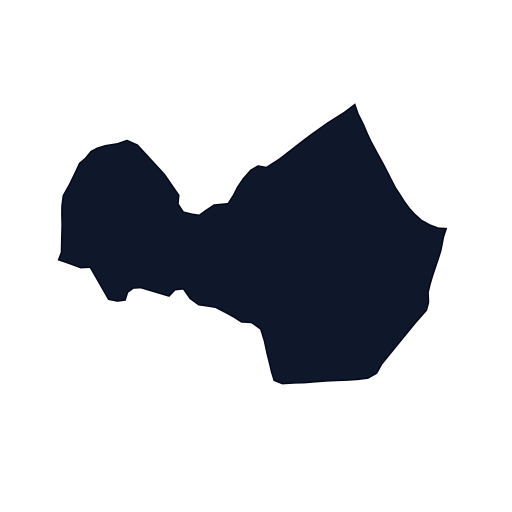 Balneário Piçarras, Santa Catarina, Brazil, rotated 343°
{"feature_id": "56859067B52127181831063", "entity_name": "Balneário Piçarras", "entity_type": "district", "adm_level": 2, "iso_a3": "BRA", "parent_name": "Brazil", "parent_adm1": "Santa Catarina", "projection": "orthographic", "projection_center": [-48.738, -26.761], "detail": "fine", "context": "isolated", "style": "filled", "palette": "ink", "viewbox_px": 512, "rotation_deg": 343, "n_neighbors": 0, "source": "geoboundaries", "source_scale": "gbopen_adm2", "svg_char_len": 1408}
<svg xmlns="http://www.w3.org/2000/svg" viewBox="0 0 512 512"><g transform="rotate(343 256 256)"><path d="M107.7,123.3L98.5,133.2L89.3,142.0L85.1,151.3L82.7,158.8L79.5,170.1L75.2,182.9L71.0,195.7L66.1,201.9L75.9,209.0L84.9,215.9L94.2,218.3L102.4,254.3L110.3,258.6L117.9,259.9L122.6,253.1L129.3,250.8L136.6,252.6L161.1,268.9L168.7,264.6L177.0,266.2L180.6,277.4L187.0,285.9L193.5,288.9L202.3,293.2L211.3,302.0L217.1,308.0L222.8,314.8L232.3,318.3L239.2,327.3L239.2,339.8L238.1,352.6L237.6,362.4L237.0,371.4L237.0,380.2L243.9,385.8L256.3,388.8L265.2,391.3L273.1,393.0L286.5,396.0L298.2,399.0L306.4,401.2L316.9,403.7L327.3,405.5L337.1,403.3L344.7,396.0L388.6,366.6L403.2,357.6L407.4,350.8L410.0,341.0L414.2,333.8L419.4,326.0L424.9,318.3L429.5,311.9L434.4,304.7L440.8,292.7L445.9,285.4L438.3,282.6L431.0,276.9L424.5,270.1L419.9,262.4L416.5,255.3L413.8,247.5L411.6,239.5L409.2,231.3L407.3,220.7L404.8,206.5L401.6,191.2L399.4,180.1L398.2,171.9L397.1,161.6L395.1,149.8L394.8,140.0L382.6,144.5L371.2,147.6L363.2,149.8L343.4,156.4L333.0,160.2L318.9,165.6L307.0,170.1L291.8,174.4L284.3,170.5L276.2,172.4L266.7,178.2L258.6,184.7L252.6,191.0L244.6,197.8L230.8,195.0L220.8,198.0L213.7,200.5L206.8,197.2L199.3,192.7L196.6,183.4L199.9,175.4L192.3,151.3L175.0,115.2L166.4,107.8L156.4,108.2L144.3,106.5L135.8,106.5L128.9,107.8L121.4,112.8L114.4,115.8L107.7,123.3Z" fill="#0f172a" stroke="#020617" stroke-width="1.5"/></g></svg>